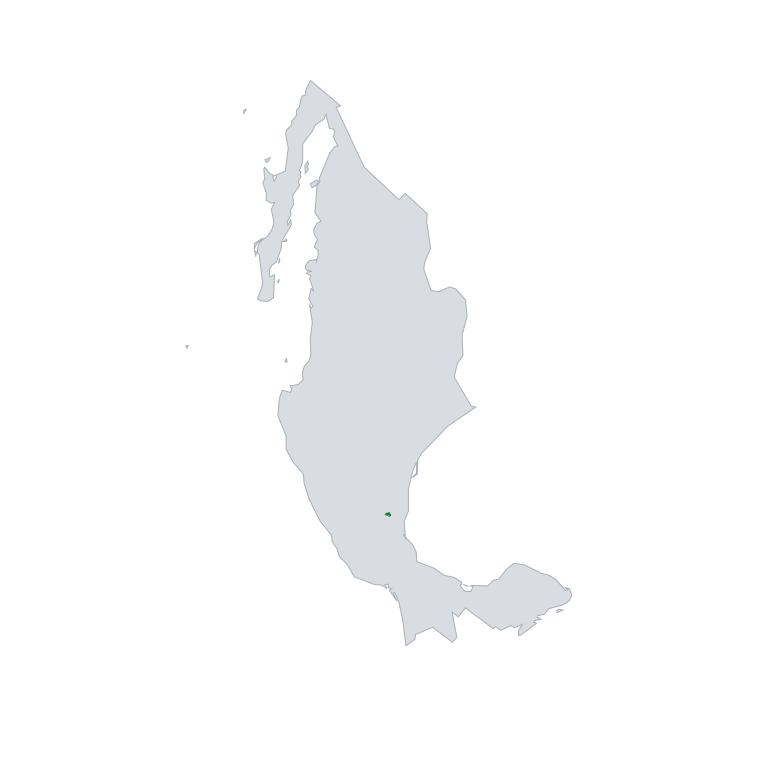 Calcahualco, Veracruz, Mexico (highlighted), rotated 39°
{"feature_id": "50627088B11703653351845", "entity_name": "Calcahualco", "entity_type": "district", "adm_level": 2, "iso_a3": "MEX", "parent_name": "Mexico", "parent_adm1": "Veracruz", "projection": "orthographic", "projection_center": [-97.165, 19.101], "detail": "fine", "context": "in_parent", "style": "filled", "palette": "green", "viewbox_px": 768, "rotation_deg": 39, "n_neighbors": 0, "source": "geoboundaries", "source_scale": "gbopen_adm2", "svg_char_len": 4625}
<svg xmlns="http://www.w3.org/2000/svg" viewBox="0 0 768 768"><g transform="rotate(39 384 384)"><path d="M135.8,194.4L175.2,195.2L172.7,199.1L232.0,228.0L279.7,231.4L280.6,222.5L310.4,224.5L315.0,231.0L334.8,249.2L339.0,263.9L342.5,269.6L361.8,281.7L368.5,277.7L373.9,267.2L380.0,265.0L394.4,267.3L406.1,279.3L413.7,296.5L427.5,312.3L428.2,322.2L434.2,334.5L465.6,346.2L469.8,344.4L460.2,376.0L456.8,413.9L458.2,422.1L466.6,433.1L464.8,439.0L465.3,433.0L458.4,423.7L460.5,432.3L469.0,450.2L482.9,467.3L486.1,477.9L496.0,488.7L493.2,488.5L498.9,491.0L497.1,489.5L507.4,490.8L514.8,494.4L521.4,501.4L538.7,495.7L551.5,494.7L559.8,490.3L568.7,489.2L570.6,490.7L570.0,492.9L577.3,494.2L582.1,490.6L580.6,485.1L578.3,486.5L578.9,485.4L591.8,475.5L592.4,467.9L596.0,463.3L595.7,451.0L597.7,441.8L607.5,436.0L624.9,432.4L632.4,428.9L640.9,427.8L655.1,430.2L656.2,428.1L652.5,428.2L657.2,426.5L663.1,430.2L664.4,435.6L662.0,443.1L653.5,454.9L653.5,462.4L649.2,467.2L650.0,468.8L654.2,468.0L650.0,472.9L650.2,474.8L653.1,474.0L648.3,493.1L646.9,494.9L643.8,490.8L642.7,483.8L638.9,491.3L634.6,492.0L629.7,502.0L623.4,502.2L623.0,505.4L588.1,506.8L588.4,518.2L580.4,518.4L600.1,535.1L599.7,541.6L574.8,542.5L566.1,558.8L568.7,562.8L565.8,573.6L547.3,555.8L532.5,543.9L523.6,539.4L522.6,540.6L530.9,544.6L518.0,541.1L518.9,538.2L515.5,539.5L513.3,536.8L511.0,539.7L515.4,541.0L508.9,541.8L502.5,545.9L482.2,552.6L469.0,547.4L458.0,546.2L450.5,541.3L443.1,539.3L438.5,534.6L420.5,530.7L398.3,520.6L384.0,511.1L378.1,504.7L363.2,502.2L349.1,496.4L340.5,485.9L321.5,475.4L311.9,461.4L308.8,453.0L316.6,449.4L315.6,445.9L312.2,444.6L317.6,438.6L318.5,431.1L314.5,428.3L310.9,420.6L311.3,413.8L309.0,407.6L298.4,395.6L289.6,381.3L275.4,368.5L279.5,371.0L280.0,368.4L272.2,365.4L267.1,355.7L271.2,356.2L260.1,349.1L258.8,345.9L254.3,346.8L253.8,345.3L257.3,341.9L251.5,344.3L248.4,341.4L248.3,335.2L252.8,330.1L254.2,331.2L251.9,325.4L248.6,321.6L243.7,321.4L241.2,313.6L235.5,311.6L232.3,308.1L230.6,301.3L232.6,297.2L222.5,294.4L207.2,272.0L206.8,266.9L204.3,265.1L196.4,238.3L196.5,230.4L198.1,228.0L189.0,223.8L187.4,219.4L184.5,217.7L180.8,219.8L169.2,210.8L170.7,216.0L167.6,225.4L169.3,233.4L169.6,248.3L181.0,262.6L184.1,271.7L186.2,271.5L186.9,274.2L188.8,274.7L189.9,280.6L193.5,282.7L194.3,294.8L200.6,301.4L202.1,308.3L205.1,310.8L206.7,319.0L209.3,321.1L208.3,315.0L211.9,318.8L214.7,337.6L218.7,343.2L223.6,356.9L222.2,362.4L223.0,367.5L227.8,372.7L230.1,368.0L243.8,386.4L241.9,392.8L235.5,397.1L232.1,397.5L227.0,382.7L205.2,361.7L203.0,361.8L198.9,355.4L198.3,351.2L200.6,342.4L199.5,333.8L196.6,327.4L186.3,319.0L184.8,311.6L182.4,314.5L176.6,315.3L173.0,310.1L163.3,304.0L162.2,299.6L155.4,292.7L154.9,290.6L162.7,292.5L167.6,291.2L167.3,293.2L171.0,295.6L170.1,290.6L168.3,290.1L173.4,280.7L161.1,260.9L150.0,251.5L148.4,247.3L149.4,240.5L146.8,238.0L147.0,230.2L143.7,226.5L143.9,221.9L139.8,214.2L139.5,210.8L141.5,208.7L138.4,205.4L135.8,194.4ZM206.4,272.2L204.5,276.7L200.7,274.8L203.2,267.9L205.6,267.4L206.4,272.2ZM190.3,269.8L185.2,264.2L184.5,258.8L187.1,260.8L187.4,263.7L190.2,264.7L190.3,269.8ZM662.4,452.9L660.8,451.4L661.4,449.2L665.3,447.1L662.4,452.9ZM198.5,361.3L194.8,356.1L198.3,346.3L196.7,355.2L198.5,361.3ZM153.3,285.8L150.3,284.8L153.1,279.8L154.0,283.8L153.3,285.8ZM104.7,262.6L102.7,258.9L103.5,257.5L104.4,257.7L104.7,262.6ZM202.0,361.8L204.2,365.8L199.2,361.6L202.0,361.8ZM294.6,427.4L294.0,429.1L292.6,428.3L292.2,425.6L294.6,427.4ZM225.5,353.5L226.3,356.6L223.8,352.6L225.5,353.5ZM217.2,332.7L218.6,334.2L216.0,336.7L217.2,332.7ZM208.6,479.9L207.4,480.2L205.9,478.8L207.4,477.3L208.6,479.9ZM574.8,489.1L571.8,489.9L577.0,488.0L574.8,489.1ZM238.3,371.8L236.8,371.4L236.8,368.5L238.3,371.8Z" fill="#d9dde1" stroke="#a8b0b8" stroke-width="1"/><path d="M467.5,484.3L467.7,484.2L467.8,484.1L468.0,484.0L468.3,484.0L468.3,483.9L468.4,484.0L468.5,484.0L468.6,483.9L468.8,483.8L468.9,483.7L469.0,483.7L469.0,483.4L468.9,483.4L468.8,483.2L468.7,482.9L469.8,482.4L470.3,482.3L470.3,482.2L470.2,482.2L470.3,482.2L470.5,482.2L470.5,482.3L470.8,482.3L470.9,482.5L471.0,482.5L471.3,482.6L471.5,482.7L471.5,482.8L471.6,482.7L471.5,482.4L471.6,482.2L471.4,482.0L471.3,481.9L471.3,481.7L471.2,481.7L470.9,481.6L470.7,481.6L470.4,481.5L470.2,481.5L469.9,481.7L469.7,481.6L469.4,481.6L469.2,481.6L468.9,481.5L468.9,481.4L468.8,481.5L468.7,481.6L468.6,481.8L468.8,481.9L468.8,482.0L468.7,482.0L468.4,482.1L468.4,482.3L468.2,482.4L468.2,482.5L467.9,482.7L467.9,482.8L467.7,482.9L467.6,483.0L467.5,483.3L467.5,483.5L467.4,483.5L467.5,484.3L467.5,484.3Z" fill="#22c55e" stroke="#15803d" stroke-width="1.5"/></g></svg>